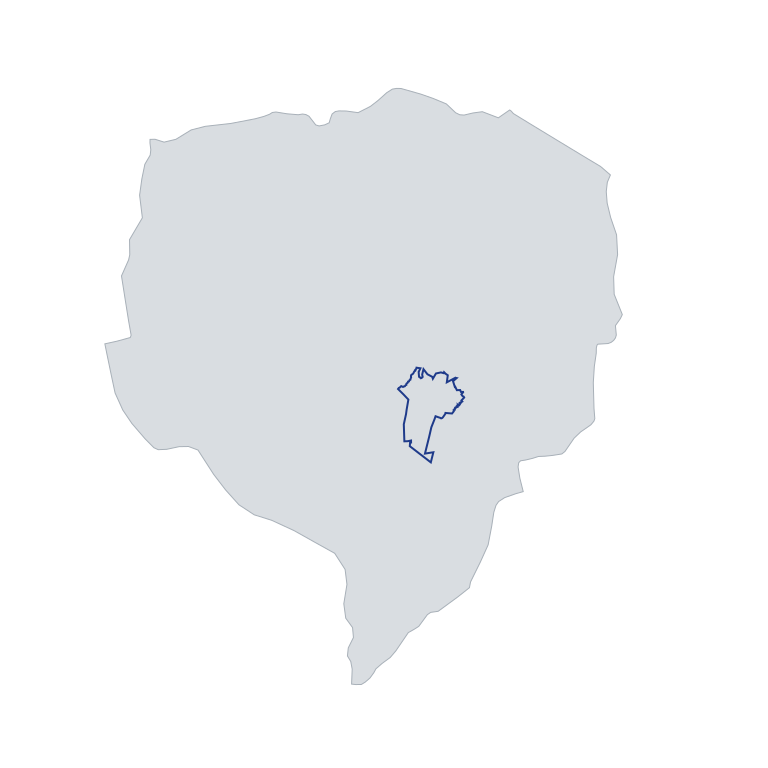 location of Bubi, Matabeleland North, Zimbabwe, rotated 258°
{"feature_id": "62879985B291328644758", "entity_name": "Bubi", "entity_type": "district", "adm_level": 2, "iso_a3": "ZWE", "parent_name": "Zimbabwe", "parent_adm1": "Matabeleland North", "projection": "orthographic", "projection_center": [28.902, -19.567], "detail": "medium", "context": "in_parent", "style": "outline", "palette": "blue", "viewbox_px": 768, "rotation_deg": 258, "n_neighbors": 0, "source": "geoboundaries", "source_scale": "gbopen_adm2", "svg_char_len": 4027}
<svg xmlns="http://www.w3.org/2000/svg" viewBox="0 0 768 768"><g transform="rotate(258 384 384)"><path d="M541.4,648.9L534.9,644.4L526.0,641.4L514.6,639.9L499.8,640.3L481.6,642.5L462.0,639.4L441.2,630.9L423.9,627.8L403.2,631.4L402.3,631.5L398.7,628.7L393.0,622.5L383.6,621.4L381.0,620.0L378.9,617.7L377.5,614.8L377.0,611.6L378.5,601.5L377.7,600.4L375.2,599.2L370.0,598.0L357.5,593.4L341.8,589.0L316.3,584.3L306.3,583.0L304.0,581.6L301.1,577.9L296.2,566.3L291.5,558.7L280.4,547.0L278.6,543.4L279.1,534.0L279.9,526.5L281.0,520.0L280.4,514.0L280.2,506.6L280.5,501.6L279.0,499.4L275.0,497.9L263.6,497.3L249.8,497.8L249.3,490.2L247.8,478.5L245.2,471.7L242.0,468.3L235.6,464.7L222.6,459.8L205.0,452.4L189.9,441.3L172.4,427.5L167.0,425.2L160.5,412.1L150.4,389.7L150.9,382.2L149.4,378.5L139.7,367.6L137.6,361.9L135.8,356.1L120.5,340.1L115.2,333.2L111.1,324.1L107.1,316.9L103.8,314.1L99.4,309.2L96.3,303.6L94.8,299.4L95.9,293.8L97.2,289.9L111.7,293.6L119.5,293.8L125.6,291.7L133.3,294.2L142.4,301.4L152.3,302.6L162.9,297.9L177.4,299.0L195.7,306.1L210.7,307.4L228.6,300.6L244.4,282.5L259.4,265.4L274.1,245.7L283.0,229.9L296.0,217.0L313.4,207.0L331.0,198.6L358.1,188.3L363.5,179.8L365.3,170.6L365.3,157.8L366.7,149.5L369.5,145.7L374.0,142.8L379.9,139.0L397.8,129.2L412.8,123.1L431.1,119.1L451.1,119.1L470.4,119.2L481.3,119.3L481.4,131.6L482.2,145.5L484.3,146.8L498.8,147.3L522.0,148.5L544.3,149.7L558.5,160.0L563.3,162.2L578.1,165.1L596.8,182.2L619.5,184.2L635.0,189.8L648.7,195.8L656.5,202.9L661.6,204.6L668.5,205.2L671.9,206.0L671.0,210.9L666.3,219.2L666.6,231.3L672.6,248.2L673.2,262.7L670.7,288.3L670.2,313.2L670.7,322.1L671.6,328.0L672.8,331.2L672.5,334.9L668.5,345.2L665.2,356.1L665.0,360.5L663.8,363.6L661.5,366.3L651.6,371.1L649.9,374.2L649.8,379.9L650.9,384.7L654.5,386.6L658.9,389.4L660.6,393.0L660.5,396.7L658.9,403.7L654.8,415.1L658.4,428.5L662.6,437.2L668.4,447.3L670.7,453.5L670.5,457.9L669.5,462.1L660.0,480.1L653.2,491.3L645.0,503.2L634.4,510.5L631.6,514.1L630.4,518.3L630.6,527.4L629.9,536.8L620.6,551.2L625.9,563.9L624.6,565.1L621.6,566.8L608.4,580.7L595.2,594.7L585.5,605.0L574.5,616.7L562.2,629.8L551.8,641.0L541.4,648.9Z" fill="#d9dde1" stroke="#a8b0b8" stroke-width="1"/><path d="M340.5,395.0L323.7,392.0L323.1,395.4L323.1,398.7L321.1,398.3L321.2,397.3L317.8,396.3L297.6,413.5L307.0,418.1L307.4,409.6L323.4,417.4L331.8,421.3L338.9,426.0L341.7,427.7L339.1,432.1L338.5,432.7L338.6,433.7L339.1,434.6L341.8,437.5L341.6,437.5L342.9,438.1L341.0,444.4L342.8,446.6L344.0,446.7L344.1,447.8L344.4,447.8L344.6,448.0L344.9,447.8L345.7,448.4L345.4,448.7L345.9,449.5L346.3,449.5L346.4,449.8L346.1,449.9L346.2,450.5L346.5,450.2L347.2,450.4L347.3,450.7L347.2,451.0L346.9,451.4L347.3,451.8L347.8,451.7L347.8,452.0L348.0,452.0L347.3,452.5L347.4,452.8L348.0,452.7L348.0,453.0L348.3,453.0L348.4,453.5L348.2,453.8L348.4,454.0L349.0,453.7L349.6,453.8L349.7,454.0L349.4,454.1L349.3,454.6L349.1,454.6L349.9,455.6L350.2,455.5L350.6,456.9L351.8,456.3L354.1,459.6L355.1,459.3L355.9,458.3L357.0,457.8L357.8,457.5L359.5,459.7L359.8,459.7L360.3,457.6L362.3,457.2L362.8,454.0L366.5,453.1L366.4,452.7L372.4,452.1L374.7,456.3L375.1,455.4L375.3,455.2L372.6,445.8L379.3,448.2L381.2,446.4L383.1,445.2L382.2,444.6L383.5,442.1L383.5,437.0L379.0,432.9L381.0,432.7L384.5,428.5L390.3,425.7L385.3,423.3L382.9,423.3L382.1,422.1L382.0,421.3L382.6,421.1L382.7,420.7L383.0,420.6L383.5,419.9L383.9,419.8L388.6,420.4L391.8,422.9L393.2,419.2L392.7,419.0L392.1,418.7L391.9,418.3L391.2,417.4L390.8,417.6L390.4,417.3L390.2,416.5L389.4,415.7L388.9,415.4L388.0,414.5L387.5,413.4L387.4,413.0L387.1,412.5L386.6,412.2L385.5,411.9L384.8,411.9L383.7,411.1L382.7,410.7L382.6,410.1L382.3,409.6L381.3,408.9L381.2,408.6L381.3,408.0L380.2,407.3L379.9,406.4L379.6,406.0L379.5,405.9L378.5,405.7L378.4,405.2L378.1,404.5L377.6,404.1L377.4,403.7L377.5,402.9L377.2,402.4L377.3,401.7L378.3,400.6L378.3,400.2L378.1,400.0L377.5,399.0L377.2,398.6L377.1,397.7L376.2,396.7L369.6,401.0L363.7,404.6L354.2,400.8L350.0,399.3L340.5,395.0Z" fill="none" stroke="#1e3a8a" stroke-width="2"/></g></svg>